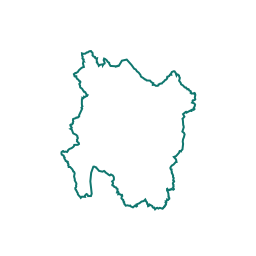 Central Otago District, Otago, New Zealand (Albers equal-area conic projection), rotated 332°
{"feature_id": "76426892B81213624592516", "entity_name": "Central Otago District", "entity_type": "district", "adm_level": 2, "iso_a3": "NZL", "parent_name": "New Zealand", "parent_adm1": "Otago", "projection": "albers", "projection_center": [169.453, -45.131], "detail": "fine", "context": "isolated", "style": "outline", "palette": "teal", "viewbox_px": 256, "rotation_deg": 332, "n_neighbors": 0, "source": "geoboundaries", "source_scale": "gbopen_adm2", "svg_char_len": 5820}
<svg xmlns="http://www.w3.org/2000/svg" viewBox="0 0 256 256"><g transform="rotate(332 128 128)"><path d="M122.4,40.5L121.4,42.7L121.5,43.8L120.4,45.1L120.6,46.3L121.0,46.5L121.0,46.8L120.3,47.5L120.3,48.2L120.1,48.0L118.5,49.9L117.7,53.4L116.3,53.1L114.7,53.2L111.6,54.0L110.2,54.9L107.8,55.1L107.4,54.7L105.5,55.0L105.3,55.7L105.5,56.7L105.1,57.3L105.5,57.8L106.6,58.1L106.1,59.5L106.1,60.6L106.8,61.9L107.0,63.7L107.6,64.2L107.6,65.0L106.7,65.8L105.7,66.2L105.5,67.0L105.7,67.8L105.0,69.2L104.9,69.8L105.9,71.8L106.1,75.2L106.5,75.3L106.6,75.8L107.1,76.3L107.0,77.5L107.2,78.2L106.9,79.2L107.7,80.0L106.8,80.5L106.1,80.1L105.5,80.4L103.7,80.4L104.0,80.1L103.8,79.7L102.5,80.7L102.1,80.3L102.1,80.6L100.9,80.8L98.6,85.0L97.9,86.7L98.0,87.4L96.4,88.3L96.6,89.4L90.9,93.7L90.3,94.9L89.4,94.8L89.0,95.2L88.4,95.2L87.3,94.5L86.7,94.8L83.8,94.3L83.0,95.3L82.7,96.7L81.7,97.3L81.5,98.1L80.0,98.6L79.3,98.1L78.4,98.3L78.2,99.3L78.5,100.2L78.2,100.9L78.3,101.2L78.0,101.2L77.7,102.0L76.9,101.9L77.6,103.1L77.1,107.0L79.1,109.8L79.5,111.5L79.0,112.1L79.1,113.1L78.8,113.6L77.4,114.4L77.2,115.3L76.7,115.8L77.5,118.2L77.2,119.1L75.8,119.3L72.6,117.7L71.8,118.6L70.8,119.0L68.8,119.3L66.4,119.0L64.6,119.5L64.0,120.1L62.9,120.6L62.0,119.6L60.3,119.1L60.0,118.0L59.6,117.8L58.0,118.1L57.3,119.2L57.0,120.4L58.2,122.1L58.2,122.5L57.9,123.1L58.2,124.2L57.7,124.4L57.5,125.1L57.7,126.7L57.5,127.8L58.5,128.8L58.9,129.5L58.3,129.9L58.6,130.9L58.3,131.2L58.4,132.2L57.7,132.8L57.8,133.3L57.3,134.6L58.6,135.3L59.4,138.2L59.4,139.4L59.5,139.9L59.2,140.6L59.8,141.5L59.8,141.9L59.6,143.0L57.6,145.5L57.0,148.3L56.4,149.2L56.4,152.6L56.1,153.3L55.1,154.4L54.9,155.3L54.1,156.0L53.3,156.2L52.9,157.1L52.8,157.7L53.1,158.3L52.9,159.0L53.1,159.8L52.9,160.6L53.1,161.7L52.6,163.1L53.1,165.4L53.4,165.9L53.5,167.5L55.1,167.0L57.7,168.6L57.8,168.0L58.2,167.5L60.3,166.8L60.9,167.6L60.8,169.4L63.3,170.7L65.1,169.0L69.7,157.4L74.5,150.2L79.2,145.9L79.9,146.1L81.5,148.0L81.3,148.6L81.7,149.5L82.3,152.3L85.0,154.6L86.7,154.7L87.3,156.0L87.2,156.6L88.6,159.2L88.8,160.0L89.7,161.3L91.1,161.0L92.3,162.8L92.4,164.7L91.5,166.7L90.6,167.4L88.9,167.7L89.0,169.3L88.6,170.1L87.3,170.9L87.3,171.4L88.2,172.4L88.2,173.5L89.7,175.1L89.4,176.1L90.1,176.9L89.7,177.9L89.0,178.6L89.0,179.3L88.7,179.4L88.9,179.6L88.6,179.8L88.9,179.9L88.7,180.1L89.1,180.5L88.9,180.7L89.1,181.2L88.5,181.8L89.0,181.9L89.1,182.4L89.8,182.7L90.4,183.8L91.3,184.2L91.0,185.4L90.1,185.8L89.2,187.0L89.5,188.5L90.0,189.1L89.7,189.6L89.8,190.3L89.4,190.9L89.8,191.5L89.3,192.1L89.5,192.7L89.1,193.7L89.4,194.3L89.5,195.5L91.2,196.0L92.6,197.3L93.5,197.5L93.6,198.4L95.1,200.4L97.8,199.8L98.1,200.1L98.2,200.9L98.6,201.3L99.4,201.1L99.6,199.5L102.8,199.8L105.4,199.3L107.6,199.9L109.7,199.2L109.7,200.4L109.4,201.1L109.9,202.6L109.3,203.9L109.6,204.2L109.6,204.9L109.0,206.5L109.5,206.6L110.5,206.3L111.1,205.7L112.8,208.3L112.6,209.5L112.9,210.3L113.7,210.5L113.7,212.5L115.5,212.0L116.4,212.2L117.0,213.4L118.6,213.4L120.6,215.5L121.2,215.4L121.5,215.0L122.6,214.9L122.8,214.5L123.5,214.5L123.5,214.2L125.2,213.6L125.1,213.4L125.7,213.1L126.1,212.4L126.2,211.8L126.4,211.8L126.2,211.4L126.8,211.0L126.9,210.6L127.3,210.9L128.5,209.9L129.2,210.2L129.3,209.8L129.6,210.2L131.2,209.9L131.6,209.2L131.5,208.5L131.9,207.4L131.7,207.3L132.1,206.8L132.1,206.5L132.9,204.8L133.3,202.6L133.1,201.6L133.9,200.1L134.1,200.1L134.0,200.7L134.8,201.9L135.6,201.9L135.8,202.4L137.6,202.1L137.9,202.9L139.1,203.3L139.2,203.7L139.8,203.6L139.9,203.2L139.6,202.8L140.0,202.0L139.9,201.5L140.9,200.9L141.1,199.8L141.5,199.6L141.4,198.4L141.8,197.7L143.6,196.9L143.7,196.2L143.3,196.0L143.3,195.4L144.9,193.6L144.7,192.4L145.6,191.0L145.5,190.0L145.7,189.6L145.5,188.7L145.7,187.8L146.1,187.6L146.4,185.9L147.0,185.1L146.4,184.5L146.6,183.2L147.6,182.4L149.2,181.7L150.9,181.7L154.1,180.5L154.9,180.8L155.6,178.4L155.5,177.4L155.3,176.9L154.9,175.1L157.2,175.4L161.5,173.8L161.9,173.6L162.3,172.9L162.8,172.6L163.8,173.4L163.9,173.1L166.0,172.5L169.2,167.9L169.9,165.8L171.2,163.9L173.1,162.3L175.0,160.2L175.1,158.6L174.3,156.7L177.6,153.5L178.1,152.0L178.1,151.4L180.3,146.4L180.4,145.5L183.1,144.5L183.1,141.6L186.6,140.9L186.9,141.0L186.9,141.9L191.9,141.9L191.9,142.7L192.1,142.8L193.2,142.0L194.2,142.3L194.5,142.8L195.2,142.6L194.9,142.0L195.6,142.0L195.6,141.0L196.9,140.3L198.2,138.9L198.1,137.5L196.5,135.7L197.4,135.3L197.7,134.4L198.2,134.0L200.0,134.6L200.9,134.2L201.2,132.6L203.0,130.4L202.7,129.7L203.4,128.9L203.0,128.2L202.0,128.2L200.2,127.4L199.8,126.5L200.4,126.3L200.6,124.8L199.7,123.6L199.7,122.1L198.6,121.7L198.7,121.1L198.1,120.3L198.2,119.5L197.1,118.7L196.6,116.4L195.4,114.4L195.7,112.7L195.3,110.3L197.3,108.1L197.3,106.6L197.7,105.6L197.0,104.0L196.2,103.9L195.5,104.4L195.7,102.9L196.0,102.5L195.7,99.8L194.8,99.3L192.9,99.2L191.5,100.2L191.2,101.3L190.2,100.6L188.6,101.5L187.9,101.3L187.4,101.5L186.7,101.2L186.3,101.6L185.8,102.7L184.3,103.2L182.9,103.1L182.0,103.7L179.8,104.1L178.8,104.6L177.2,103.9L176.6,104.1L175.7,103.9L175.4,103.9L174.8,104.7L173.9,104.6L172.4,103.8L171.5,102.1L170.1,101.6L170.6,100.7L171.3,100.2L170.2,98.6L169.7,96.5L166.7,94.7L166.3,93.3L165.6,92.9L165.1,91.3L163.7,89.0L163.6,88.4L163.9,86.9L163.4,84.0L162.5,82.2L162.3,79.9L161.3,78.6L160.7,74.0L159.0,67.0L154.2,65.7L149.1,68.8L147.4,68.4L147.8,68.2L146.4,67.9L141.7,65.0L141.6,62.3L142.0,61.5L141.1,60.0L141.0,58.2L140.1,56.2L139.5,55.5L138.4,56.6L138.0,59.7L137.5,60.1L136.5,60.1L135.4,60.7L135.7,60.1L135.1,59.7L132.9,59.1L131.4,59.4L131.7,58.0L131.3,56.7L131.6,56.0L131.3,55.4L131.8,55.0L131.8,54.2L132.5,53.0L133.4,51.9L132.4,51.6L132.0,51.1L131.9,50.5L132.2,49.8L131.1,48.6L130.8,47.4L130.8,47.0L131.4,46.5L132.0,44.7L131.4,43.5L131.5,42.8L130.7,42.3L129.0,42.1L127.9,42.4L126.9,41.9L125.3,42.3L123.5,41.6L122.4,40.5Z" fill="none" stroke="#0f766e" stroke-width="2"/></g></svg>